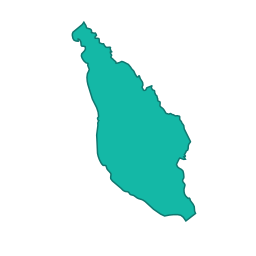 SVG path tracing the border of Nimba, rotated 139°
{"feature_id": "LBR-791", "entity_name": "Nimba", "entity_type": "County", "adm_level": 1, "iso_a3": "LBR", "parent_name": "Liberia", "parent_adm1": "", "projection": "robinson", "projection_center": [-8.946, 6.763], "detail": "fine", "context": "isolated", "style": "filled", "palette": "teal", "viewbox_px": 256, "rotation_deg": 139, "n_neighbors": 0, "source": "natural_earth", "source_scale": "10m", "svg_char_len": 4177}
<svg xmlns="http://www.w3.org/2000/svg" viewBox="0 0 256 256"><g transform="rotate(139 128 128)"><path d="M153.8,35.1L158.1,37.6L159.9,41.7L162.0,49.9L163.3,61.3L163.9,63.5L164.5,64.9L166.3,67.7L167.0,69.3L167.8,72.9L168.2,73.8L169.5,75.6L169.9,76.5L169.9,77.3L169.7,78.7L169.8,79.5L170.2,80.2L171.7,81.9L172.3,83.2L172.6,84.2L172.8,87.1L174.5,98.2L174.3,101.0L173.5,102.1L171.4,104.0L170.8,105.0L170.7,107.1L170.8,109.0L170.7,110.8L169.4,114.0L169.9,114.9L170.8,115.6L171.3,116.2L171.4,117.8L171.2,119.5L170.3,123.0L169.0,126.3L167.6,128.9L158.3,140.6L156.3,143.2L148.9,149.8L147.5,151.7L147.2,151.7L145.5,152.8L145.4,152.8L145.5,153.0L145.0,154.6L144.8,155.1L144.4,155.5L143.1,155.7L142.6,156.0L140.1,159.6L138.3,163.9L135.9,173.2L129.7,187.2L128.1,190.0L125.8,193.1L123.0,195.6L120.2,196.8L118.7,197.7L117.4,201.5L115.9,203.0L117.0,204.9L117.3,207.8L116.8,210.8L115.9,213.0L114.3,214.3L110.1,214.8L108.3,215.5L107.0,217.5L107.9,218.9L109.1,220.0L109.1,221.1L107.2,223.8L106.6,226.5L107.2,227.8L108.7,226.2L110.2,227.8L111.1,229.6L110.8,231.7L109.3,234.4L108.3,235.5L106.6,236.4L94.7,236.1L91.9,236.8L92.4,234.1L92.5,233.1L92.6,232.9L93.4,231.3L93.5,230.9L93.4,230.4L92.9,229.5L91.8,227.9L91.5,227.1L91.4,226.5L91.5,226.0L91.9,225.0L92.6,224.3L92.8,224.2L93.0,224.1L93.0,223.9L92.6,223.5L92.4,223.3L92.2,223.1L91.9,222.5L91.6,222.1L91.3,221.7L91.1,221.5L90.9,221.4L90.7,221.4L90.4,221.2L90.4,220.9L90.4,220.4L90.8,219.0L90.9,218.7L91.0,218.6L91.3,218.5L92.1,218.6L92.4,218.6L92.7,218.5L93.0,218.3L93.3,218.1L93.7,217.7L93.8,217.4L93.8,217.2L93.7,217.1L92.0,215.6L91.6,215.0L91.4,214.7L91.4,214.3L91.6,213.9L93.3,211.6L93.4,211.4L93.6,211.1L93.5,210.8L93.3,210.3L92.4,208.6L92.2,208.3L91.6,208.0L91.3,207.7L91.2,207.6L91.2,207.4L91.3,207.0L91.7,205.6L91.7,205.4L91.6,203.8L91.6,203.4L91.3,203.0L90.8,202.5L88.7,200.9L88.5,200.6L88.4,200.4L88.5,200.1L88.9,199.9L89.4,199.6L89.5,199.5L89.5,199.3L89.6,198.8L89.8,198.6L90.1,198.3L90.2,197.8L90.2,196.8L90.2,196.3L90.3,196.1L90.5,196.1L90.9,196.5L91.0,196.9L91.1,197.1L91.3,197.1L91.6,196.9L92.0,196.1L92.2,195.8L92.3,195.5L92.4,194.1L92.6,193.8L92.8,193.5L94.2,193.0L94.4,192.8L94.5,192.7L94.5,192.1L94.4,190.8L94.3,190.3L94.2,189.9L94.2,189.6L94.2,189.1L93.9,186.7L93.8,186.0L94.0,185.5L94.5,185.0L94.3,184.6L93.7,184.1L91.8,183.1L89.3,182.4L89.0,182.3L88.0,180.7L86.0,175.7L86.1,172.2L86.4,170.4L86.4,169.9L86.3,168.1L86.3,167.3L86.4,166.7L87.2,164.1L87.7,161.3L87.7,160.9L87.6,160.5L87.2,160.1L86.9,160.0L86.6,159.9L86.1,160.2L85.9,160.2L85.6,160.2L85.4,160.1L85.3,159.8L85.4,159.5L86.2,157.6L86.4,157.0L86.9,153.7L87.2,152.6L87.4,152.3L88.5,150.7L88.9,150.4L90.3,149.8L90.5,149.6L90.7,149.4L90.9,148.8L91.0,148.6L91.0,148.4L91.2,147.4L91.5,146.6L91.4,146.3L91.3,145.9L90.7,145.4L90.2,145.2L89.4,145.1L88.5,145.5L88.3,145.7L87.7,146.0L86.5,145.7L81.8,144.0L82.9,144.0L83.3,143.8L83.8,143.2L84.4,141.3L84.3,140.5L83.6,139.1L83.6,138.5L84.4,137.5L84.7,136.9L85.0,136.1L85.4,134.4L85.2,133.7L85.2,133.1L85.9,132.0L86.1,131.4L86.3,130.9L86.6,130.3L87.3,129.6L87.5,129.1L87.5,128.4L87.2,127.7L86.8,127.2L86.8,126.7L87.1,126.1L87.5,125.6L88.0,125.2L88.3,124.8L89.1,124.1L89.4,123.5L89.5,122.7L89.0,120.3L88.9,119.1L89.0,117.9L89.6,114.6L89.5,113.7L88.7,112.7L88.2,111.7L87.9,111.5L87.7,111.4L87.2,111.4L86.9,111.3L86.5,111.1L86.2,110.6L85.9,109.3L85.6,108.9L85.2,108.4L84.9,107.8L84.7,106.9L84.4,106.3L84.1,105.8L83.1,105.2L82.7,104.9L82.1,104.0L81.5,103.2L81.5,102.7L83.2,100.7L83.4,100.3L83.5,98.7L83.6,97.6L84.1,96.2L84.1,95.0L84.3,93.3L86.2,90.4L89.5,77.7L89.9,76.6L90.5,76.4L91.9,76.1L93.3,75.6L94.7,74.5L96.0,73.1L97.4,72.2L99.2,72.4L100.0,71.9L102.3,71.1L102.8,71.0L103.1,69.2L103.6,69.0L104.7,69.6L105.2,66.8L106.6,67.8L108.5,71.3L109.9,71.1L114.3,69.2L115.5,68.4L116.1,66.1L115.7,63.9L114.9,61.8L114.7,59.8L115.2,58.5L116.1,56.9L118.0,54.3L118.9,53.6L120.6,53.1L121.5,52.2L121.9,51.1L122.0,48.7L122.4,47.6L123.0,47.1L125.9,45.1L127.6,43.0L128.7,40.9L129.1,38.6L128.9,35.8L128.7,35.3L128.2,35.2L127.8,35.0L127.7,34.2L127.9,33.6L128.5,32.3L128.6,31.7L128.9,27.6L129.6,25.2L132.3,21.5L133.1,19.2L145.3,19.9L144.8,24.3L145.4,27.5L147.4,30.1L150.7,32.9L153.8,35.1Z" fill="#14b8a6" stroke="#0f766e" stroke-width="1.5"/></g></svg>